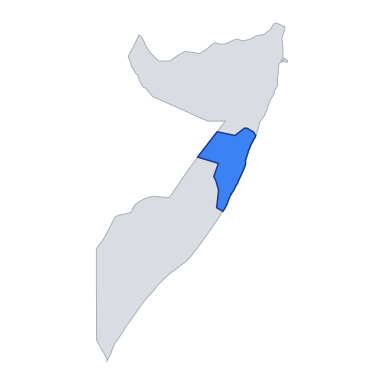 Somalia, with Mudug highlighted
{"feature_id": "SOM-2412", "entity_name": "Mudug", "entity_type": "Region", "adm_level": 1, "iso_a3": "SOM", "parent_name": "Somalia", "parent_adm1": "", "projection": "equal_earth", "projection_center": [47.931, 6.026], "detail": "fine", "context": "in_parent", "style": "filled", "palette": "blue", "viewbox_px": 384, "rotation_deg": 0, "n_neighbors": 0, "source": "natural_earth", "source_scale": "10m", "svg_char_len": 3234}
<svg xmlns="http://www.w3.org/2000/svg" viewBox="0 0 384 384"><path d="M106.9,358.9L106.6,357.9L104.8,354.9L101.6,349.2L99.1,344.9L96.6,340.5L96.6,337.0L96.5,326.6L96.5,305.7L96.4,284.8L96.4,263.9L96.4,253.5L96.4,249.2L96.6,248.5L99.5,244.7L103.3,239.6L108.4,230.0L111.1,224.7L113.4,220.4L113.9,219.1L115.9,216.4L119.7,214.8L122.0,214.6L130.0,212.6L131.2,211.8L131.9,210.9L132.6,208.8L134.2,205.9L136.2,203.9L140.0,201.3L143.8,199.0L144.6,198.7L149.1,197.3L150.3,196.8L152.1,196.3L152.8,196.3L159.1,196.8L164.0,197.2L169.0,197.6L169.6,197.3L173.1,192.1L178.7,183.8L182.3,178.6L187.9,170.4L192.1,164.6L196.8,158.1L201.4,152.1L206.9,145.0L210.3,140.5L215.7,133.6L220.8,126.9L225.3,121.1L219.1,121.1L213.0,121.1L207.0,121.1L206.0,120.3L200.9,118.1L194.5,115.2L186.6,111.6L181.0,109.1L175.0,106.4L168.9,103.7L164.1,101.6L158.2,99.0L153.0,96.7L152.3,96.1L149.4,92.6L145.7,88.0L145.0,88.0L143.2,87.0L141.6,84.5L139.9,81.3L138.4,77.4L137.7,74.7L135.7,73.5L134.7,71.4L132.8,68.3L131.6,66.7L131.1,65.4L130.5,62.6L129.5,59.6L128.5,57.8L128.2,57.0L128.3,56.5L130.2,52.4L131.1,50.9L132.0,49.5L132.8,48.1L133.1,47.2L135.5,42.4L137.5,38.2L139.1,34.9L142.6,38.7L146.1,46.3L150.1,52.5L155.6,58.2L157.8,60.1L159.8,61.2L169.9,61.0L177.2,55.8L183.7,52.0L185.9,51.2L189.7,52.2L193.9,52.5L197.6,53.7L199.6,53.4L207.0,49.0L211.7,44.7L214.9,42.9L216.1,42.9L220.5,44.4L226.1,43.7L233.7,40.0L236.2,39.3L238.0,39.2L242.2,40.9L242.8,40.8L245.1,40.5L251.0,38.8L255.7,36.1L264.2,34.2L270.7,29.3L271.8,27.0L273.7,24.0L276.6,23.0L283.9,26.5L285.0,26.8L284.6,28.9L284.4,31.0L282.9,34.8L282.0,38.9L282.7,45.3L283.0,55.6L282.9,57.1L282.4,58.6L282.2,59.7L281.4,60.1L281.1,60.8L281.6,61.1L283.9,59.9L283.9,58.7L284.0,58.1L285.9,59.5L287.2,60.1L287.6,61.3L287.5,62.2L285.4,61.8L284.3,61.1L281.2,62.3L279.2,63.5L278.7,65.5L278.2,73.6L277.5,78.9L277.4,85.8L274.8,90.4L274.0,93.7L270.2,100.2L268.2,105.7L267.6,108.4L264.2,116.1L259.7,121.9L258.0,129.4L256.4,134.1L254.5,138.3L250.5,145.9L248.4,151.2L245.8,160.3L245.0,166.1L237.7,182.9L230.0,196.3L225.3,207.5L216.8,220.6L205.1,237.5L189.9,257.6L185.8,261.7L169.1,274.1L158.3,284.5L152.8,291.5L147.0,297.7L142.4,303.5L128.5,323.3L127.0,325.2L125.7,326.9L123.9,330.3L122.7,331.6L119.4,337.2L117.3,340.2L115.0,343.1L114.0,345.1L113.3,347.5L112.5,348.8L110.4,354.4L108.6,358.1L106.8,361.0L106.9,358.9Z" fill="#d9dde1" stroke="#a8b0b8" stroke-width="1"/><path d="M197.6,157.1L198.0,156.6L198.4,156.1L199.2,155.0L200.0,153.9L200.4,153.5L201.3,152.3L202.2,151.1L203.1,150.0L204.0,148.8L204.9,147.7L205.8,146.5L206.7,145.4L207.5,144.2L208.4,143.0L209.3,141.9L210.2,140.7L211.1,139.6L212.0,138.4L212.9,137.3L213.8,136.1L214.7,134.9L215.6,133.8L216.5,132.6L217.2,131.7L217.6,131.8L217.8,131.9L234.9,135.5L244.6,128.1L247.5,128.4L252.1,131.3L253.2,131.6L255.8,135.6L254.8,137.9L253.6,139.7L250.8,145.0L249.5,148.6L248.6,150.3L247.7,153.7L245.5,160.1L245.4,160.6L245.4,161.2L245.6,162.2L245.7,162.8L245.4,164.9L244.8,166.8L243.2,170.4L241.3,174.7L238.5,180.6L237.6,183.2L237.1,184.1L235.8,185.8L234.0,189.9L231.8,193.1L229.5,197.3L226.8,204.7L224.8,208.5L222.8,211.4L222.7,211.3L216.6,207.7L218.6,190.4L216.0,181.0L213.8,176.5L218.4,163.4L211.5,161.3L204.6,159.2L197.6,157.1Z" fill="#3b82f6" stroke="#1e3a8a" stroke-width="1.5"/></svg>